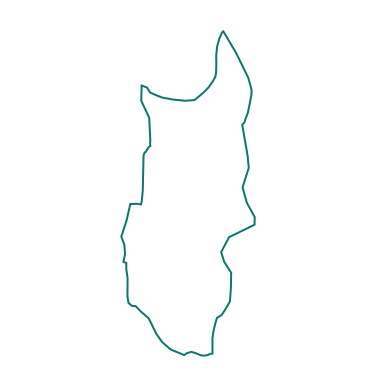 outline of Oye, Ekiti, Nigeria, rotated 6°
{"feature_id": "59680162B43824241108050", "entity_name": "Oye", "entity_type": "district", "adm_level": 2, "iso_a3": "NGA", "parent_name": "Nigeria", "parent_adm1": "Ekiti", "projection": "equal_earth", "projection_center": [5.315, 7.904], "detail": "fine", "context": "isolated", "style": "outline", "palette": "teal", "viewbox_px": 384, "rotation_deg": 6, "n_neighbors": 0, "source": "geoboundaries", "source_scale": "gbopen_adm2", "svg_char_len": 1795}
<svg xmlns="http://www.w3.org/2000/svg" viewBox="0 0 384 384"><g transform="rotate(6 192 192)"><path d="M229.2,350.7L228.6,343.9L227.6,335.1L228.0,327.0L229.0,319.8L230.0,314.7L234.3,311.2L237.1,306.0L241.2,296.9L240.7,283.0L239.4,268.2L231.2,257.9L227.3,248.7L233.6,233.0L257.6,218.0L257.0,210.4L247.6,196.9L241.8,182.0L245.9,162.1L243.6,150.4L234.9,119.9L236.6,117.7L239.3,107.1L240.6,93.3L240.9,89.3L240.7,85.0L238.9,79.7L236.0,72.5L221.5,49.4L211.0,35.1L206.4,29.0L205.2,30.3L203.1,36.8L202.8,38.6L201.8,44.6L201.8,53.7L202.8,62.2L203.5,71.0L203.1,75.2L202.1,77.3L201.4,79.2L197.5,86.3L193.6,91.2L190.0,95.1L184.9,100.3L175.5,102.0L172.1,102.0L163.5,102.0L162.6,102.0L157.8,101.6L153.1,101.3L144.5,99.0L139.9,97.4L136.3,92.8L130.8,91.4L132.0,106.6L141.7,122.7L145.2,145.5L145.2,146.0L145.1,146.7L145.1,146.8L145.1,147.1L145.2,147.5L145.3,148.0L145.3,148.3L145.4,148.8L145.4,149.2L145.4,149.4L145.5,149.6L145.6,149.8L145.6,150.0L145.8,150.4L145.8,150.6L144.9,151.1L144.3,152.0L143.7,152.8L143.3,153.7L142.9,154.6L142.7,154.8L142.7,155.1L142.6,155.4L142.5,155.7L142.3,156.0L142.1,156.4L141.9,156.7L141.8,156.9L141.6,157.0L141.4,157.2L141.2,157.4L141.0,157.5L140.9,157.6L140.8,157.8L140.7,158.0L140.6,158.5L140.4,158.7L140.3,159.2L140.2,159.5L140.2,159.8L140.2,160.0L140.2,160.3L140.1,160.5L140.0,160.8L142.9,195.8L143.0,206.4L142.5,209.7L138.5,209.5L131.9,210.4L130.0,226.5L128.6,233.3L126.4,243.8L130.3,251.7L131.9,260.9L131.1,268.7L134.1,269.5L134.7,275.5L137.0,284.7L137.3,288.4L137.7,292.1L138.7,302.6L140.4,308.9L144.1,311.5L147.9,311.4L154.0,316.5L162.1,322.1L171.2,336.6L178.0,344.4L187.1,350.8L201.2,355.0L203.8,352.8L208.0,351.1L211.7,351.7L215.0,352.6L217.9,353.5L220.4,353.5L222.4,353.2L225.1,352.3L227.0,351.1L229.2,350.7Z" fill="none" stroke="#0f766e" stroke-width="2"/></g></svg>